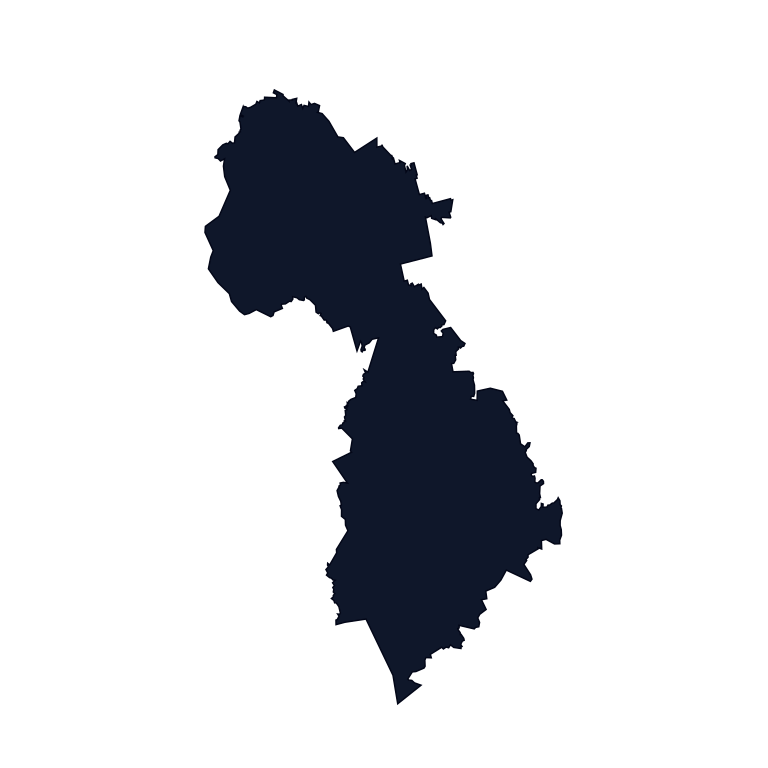 Mocorito, Sinaloa, Mexico, rotated 165°
{"feature_id": "50627088B38309476572974", "entity_name": "Mocorito", "entity_type": "district", "adm_level": 2, "iso_a3": "MEX", "parent_name": "Mexico", "parent_adm1": "Sinaloa", "projection": "equal_earth", "projection_center": [-107.794, 25.364], "detail": "fine", "context": "isolated", "style": "filled", "palette": "ink", "viewbox_px": 768, "rotation_deg": 165, "n_neighbors": 0, "source": "geoboundaries", "source_scale": "gbopen_adm2", "svg_char_len": 6162}
<svg xmlns="http://www.w3.org/2000/svg" viewBox="0 0 768 768"><g transform="rotate(165 384 384)"><path d="M324.1,615.7L324.4,614.5L329.6,614.6L327.3,623.4L352.5,615.3L359.5,632.4L364.6,634.6L369.2,652.0L373.8,661.2L377.9,663.6L376.9,664.1L374.2,669.6L378.5,673.0L382.2,672.8L383.5,675.7L385.1,671.6L389.1,673.8L391.1,671.3L391.5,675.3L395.4,674.7L395.6,678.6L396.2,678.5L394.4,682.5L398.9,682.6L398.9,682.0L402.5,682.9L402.6,681.9L406.9,688.4L406.6,689.8L413.8,696.4L415.5,693.9L412.6,691.3L413.8,688.3L425.1,691.9L425.8,689.7L426.9,689.3L430.3,689.8L431.6,687.8L433.6,689.8L435.4,687.4L441.3,685.8L444.3,685.7L445.7,687.5L447.5,688.3L448.3,687.5L448.3,688.3L452.9,681.7L450.5,679.1L451.2,678.5L453.7,680.4L455.9,675.8L455.3,674.1L456.2,667.1L457.3,666.4L457.5,664.8L458.7,664.8L459.0,663.7L463.9,661.2L466.0,655.6L468.0,655.7L469.9,658.2L472.5,656.4L474.0,657.3L477.8,656.7L483.6,653.3L485.1,648.6L488.5,647.2L488.6,646.2L485.8,644.7L484.2,641.7L479.7,642.8L482.7,636.0L484.2,625.5L482.3,610.9L499.9,588.7L515.7,582.5L517.7,576.7L514.4,557.0L518.5,551.4L523.8,540.7L518.1,524.9L510.0,511.3L509.9,503.1L504.6,491.8L500.8,487.1L496.0,487.1L488.1,488.9L476.0,478.3L473.5,478.9L471.5,482.1L462.6,483.3L462.9,486.5L462.3,487.6L458.5,486.9L454.0,488.4L452.3,487.7L450.1,489.6L449.6,492.0L445.6,489.7L444.0,487.4L440.1,485.5L439.2,485.9L438.6,488.4L436.8,488.9L436.4,487.0L433.7,484.6L429.8,477.8L431.0,471.0L429.2,468.9L427.6,469.4L426.5,468.4L427.9,466.6L426.9,465.9L425.2,461.2L423.8,461.1L422.6,459.0L423.3,458.7L423.0,457.6L422.0,457.2L419.3,450.9L419.3,448.0L403.6,449.3L401.8,447.9L401.5,423.0L395.6,431.4L395.0,429.9L395.2,426.3L397.4,423.1L397.5,421.6L396.8,420.7L396.0,421.8L393.9,421.5L394.4,422.9L393.8,422.0L393.2,422.4L393.8,424.2L392.4,426.5L387.6,427.6L383.9,430.3L377.3,430.0L396.5,399.6L399.4,402.8L398.9,399.3L401.3,398.7L402.4,397.1L401.6,395.3L402.8,394.2L401.8,391.2L402.8,392.0L404.7,391.3L405.3,390.9L405.7,388.0L409.5,388.5L411.1,386.4L413.9,385.4L413.4,381.7L414.8,378.3L419.9,377.7L422.6,376.5L423.4,374.7L424.3,375.6L424.6,373.8L425.4,373.2L424.5,372.3L425.0,371.6L426.1,372.6L426.7,371.2L427.1,372.2L428.1,372.1L428.1,370.9L427.1,370.1L426.3,370.6L426.5,368.6L428.3,368.5L429.1,363.5L430.7,362.4L430.8,358.1L431.9,358.7L432.5,357.1L433.8,357.0L434.9,355.3L436.9,355.4L439.2,353.5L439.3,352.7L436.2,352.3L428.7,339.2L433.7,328.1L433.0,326.5L453.6,322.4L444.9,297.7L448.6,299.5L452.0,299.7L452.3,297.6L454.0,297.0L453.9,295.4L454.7,295.5L456.9,293.2L457.1,287.2L456.1,281.9L456.5,278.2L457.9,277.8L457.5,273.6L459.3,267.2L456.4,263.2L457.7,257.6L456.8,251.6L472.8,236.5L473.4,233.2L483.3,223.3L484.8,225.4L485.4,223.7L485.0,221.8L488.1,219.8L487.2,216.0L489.0,214.3L486.7,211.1L485.0,210.0L484.0,207.9L482.0,207.0L485.1,205.3L484.0,202.2L486.1,200.7L485.6,198.7L486.8,196.2L485.7,194.3L487.7,192.9L488.0,191.5L490.3,190.4L488.4,187.9L488.3,185.4L486.8,185.0L485.2,180.6L485.4,174.0L486.5,173.1L488.3,173.8L487.5,171.4L490.1,168.6L491.5,168.4L492.6,164.0L483.4,164.0L462.2,161.6L450.7,100.3L453.5,71.6L426.2,83.5L431.9,87.4L433.9,90.5L436.7,91.6L437.5,92.8L431.2,98.6L427.6,98.0L418.8,99.3L417.4,100.7L416.0,106.8L414.3,108.9L409.2,107.3L409.2,110.9L396.4,114.8L395.2,112.7L392.1,113.8L389.8,112.5L387.3,114.9L384.8,111.5L378.1,108.6L377.5,110.3L376.6,110.3L377.3,112.7L374.9,115.4L372.9,115.7L372.8,117.7L374.4,122.3L375.1,122.3L374.8,124.2L376.2,127.9L376.1,128.7L375.1,128.5L374.3,129.7L374.0,131.5L360.2,124.1L358.5,125.2L355.3,125.0L353.4,129.0L354.0,133.8L351.1,136.8L343.7,139.8L345.7,150.4L340.3,150.0L339.3,157.6L329.7,159.0L321.9,164.3L314.0,172.6L293.7,155.5L291.6,157.2L291.8,161.8L295.6,173.5L291.9,176.6L292.4,177.7L289.7,179.4L289.1,181.8L277.8,184.9L277.7,186.1L274.4,183.8L272.5,192.0L267.7,192.0L260.7,185.4L255.5,184.2L254.7,187.7L251.7,192.0L250.5,197.4L250.5,201.8L249.2,206.4L245.3,213.1L244.8,217.8L245.3,218.4L244.2,220.3L245.1,221.9L244.3,225.7L245.2,229.0L246.4,227.5L251.0,225.0L252.3,225.4L255.8,224.0L256.8,224.6L258.6,222.9L262.4,223.8L261.4,226.9L262.9,227.9L263.8,224.9L267.1,222.2L269.5,224.2L268.2,229.0L263.6,232.1L263.3,233.8L262.3,233.8L262.1,237.7L259.7,245.1L255.7,246.5L255.2,248.7L255.9,250.5L256.9,250.8L260.9,248.6L262.5,249.0L263.7,250.4L262.5,253.9L262.5,256.2L264.5,256.3L265.1,257.4L265.2,258.8L264.5,259.5L260.4,259.4L259.0,263.3L260.3,264.3L261.1,267.0L260.6,268.2L261.8,271.6L264.8,276.4L265.3,281.5L263.8,282.8L263.8,283.8L259.9,286.0L258.2,289.4L260.3,289.9L264.2,286.9L267.6,290.9L266.6,299.7L267.5,301.7L268.7,302.2L267.0,309.2L265.9,311.2L266.4,312.4L265.5,312.6L266.6,313.4L267.2,316.9L268.8,317.8L269.1,318.6L267.7,320.0L269.6,323.7L269.6,327.1L273.7,337.0L269.6,336.7L271.5,346.3L282.4,352.4L295.7,353.0L298.3,344.1L304.3,346.9L302.9,349.6L300.6,348.8L298.8,351.7L296.9,359.5L296.9,365.1L296.0,366.9L295.9,369.7L294.9,370.7L295.0,372.1L297.2,372.6L298.5,374.3L314.2,377.9L313.5,386.4L311.3,385.9L308.5,388.8L307.8,393.3L306.9,393.1L306.3,396.7L302.7,398.7L302.7,400.3L301.0,399.9L300.7,399.0L298.7,400.1L297.2,399.9L295.3,402.2L298.7,406.1L305.0,421.3L313.0,421.5L314.9,420.4L313.7,417.6L315.3,414.6L320.9,415.6L320.8,417.7L323.0,420.0L321.9,423.7L319.5,425.1L318.2,423.4L316.5,424.5L315.2,424.0L313.2,425.0L313.1,426.1L310.7,425.9L308.1,429.1L318.2,453.9L317.9,460.4L320.5,466.9L322.8,465.8L322.2,470.9L325.7,470.5L325.4,471.3L329.5,470.1L330.6,474.1L332.1,473.8L332.4,472.0L334.7,473.5L334.6,478.2L337.9,478.1L337.1,495.6L304.5,495.3L302.8,507.8L300.8,534.5L299.5,533.5L294.8,534.4L295.1,531.7L291.5,529.3L291.2,530.1L287.8,525.2L286.0,524.3L285.7,522.8L284.5,523.5L286.2,528.8L285.1,530.0L276.9,527.3L276.4,527.8L276.7,533.1L274.9,533.1L269.9,544.2L271.8,544.1L271.8,545.8L290.6,545.8L290.6,548.9L291.6,549.0L291.7,552.1L292.6,552.2L292.6,555.3L294.7,555.3L294.7,552.2L295.6,552.2L295.6,557.8L300.8,557.8L300.9,574.1L298.8,574.2L298.8,577.4L297.8,577.4L297.8,589.9L300.9,589.9L300.9,588.7L302.1,588.7L301.8,584.2L304.0,583.6L305.2,588.7L306.0,584.8L307.9,583.0L307.7,589.8L306.4,591.4L311.2,595.9L311.3,593.7L316.4,593.7L316.4,599.5L317.4,598.7L318.0,599.5L317.2,600.9L317.4,602.7L318.3,603.1L323.8,613.3L324.1,615.7Z" fill="#0f172a" stroke="#020617" stroke-width="1.5"/></g></svg>